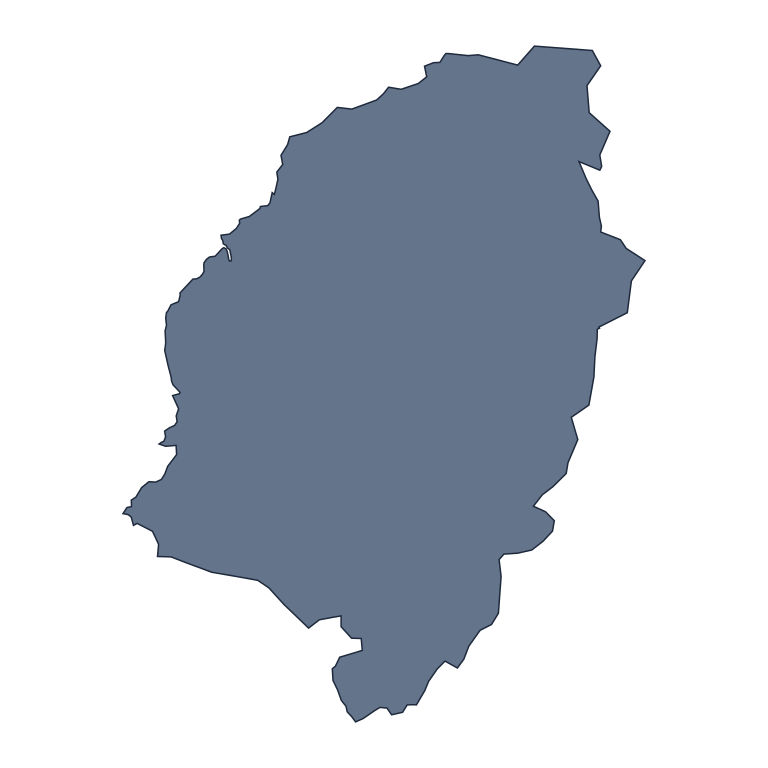 Arminou, Paphos, Cyprus
{"feature_id": "46923920B96831730642133", "entity_name": "Arminou", "entity_type": "district", "adm_level": 2, "iso_a3": "CYP", "parent_name": "Cyprus", "parent_adm1": "Paphos", "projection": "orthographic", "projection_center": [32.715, 34.867], "detail": "fine", "context": "isolated", "style": "filled", "palette": "slate", "viewbox_px": 768, "rotation_deg": 0, "n_neighbors": 0, "source": "geoboundaries", "source_scale": "gbopen_adm2", "svg_char_len": 2657}
<svg xmlns="http://www.w3.org/2000/svg" viewBox="0 0 768 768"><path d="M133.5,525.4L137.1,523.4L152.5,531.3L158.6,544.3L157.5,556.5L171.1,556.9L186.8,563.0L211.9,572.3L233.0,575.9L257.7,580.3L268.8,587.8L284.2,604.7L293.2,613.3L308.6,628.1L319.3,619.8L332.9,617.3L341.1,615.9L341.1,626.7L351.5,638.2L361.2,638.5L362.3,650.4L339.7,657.2L335.4,666.2L332.3,668.7L333.0,680.5L337.5,689.7L341.4,700.5L346.0,706.3L347.2,711.8L351.5,716.4L355.6,721.9L363.2,718.5L374.7,710.6L379.9,707.4L387.0,708.1L391.6,714.8L402.6,712.3L407.2,704.9L414.1,704.7L416.4,704.9L424.8,690.6L428.7,681.2L437.2,669.0L445.0,661.1L457.4,668.0L462.8,660.6L463.8,659.3L468.8,646.2L480.1,630.3L491.5,624.5L498.4,613.3L501.1,576.4L499.1,559.6L503.9,554.1L517.6,553.2L531.8,550.0L543.1,541.2L552.5,531.1L554.3,520.7L545.6,511.8L533.4,506.2L542.4,494.7L552.9,486.7L566.2,473.5L568.0,462.7L577.8,439.6L571.3,417.3L588.9,405.1L593.9,377.0L594.9,356.9L597.1,338.6L597.3,329.3L599.5,328.2L598.8,327.1L627.3,312.7L631.4,280.9L645.0,260.6L626.2,248.4L620.4,239.7L600.7,232.0L601.4,226.1L599.4,217.3L598.1,201.1L591.8,190.0L586.1,178.5L579.0,161.6L599.8,170.2L601.7,166.5L599.8,155.0L610.0,131.3L589.2,112.7L587.0,85.6L600.7,65.8L592.3,50.5L534.4,46.1L517.7,65.1L478.3,54.8L468.1,55.6L448.0,53.5L445.8,53.6L444.1,55.7L439.9,62.4L433.5,62.7L424.5,66.2L425.4,70.5L426.7,76.8L418.3,83.5L401.2,89.3L388.6,87.2L383.4,93.8L376.6,100.0L351.8,109.1L337.3,107.4L322.1,122.7L309.0,131.0L306.7,132.5L289.8,136.8L287.6,144.6L281.0,155.3L282.7,164.5L276.8,172.1L277.9,179.2L275.5,190.0L274.3,194.4L272.2,192.6L270.0,202.7L267.7,205.7L262.7,206.2L260.4,206.5L259.9,208.5L249.3,216.5L240.7,219.0L239.3,220.1L239.7,223.2L236.4,228.4L229.5,234.1L221.0,235.2L221.5,238.7L222.7,240.4L223.3,243.8L226.3,245.6L227.3,247.9L229.8,249.8L230.8,254.7L231.4,258.1L231.2,260.8L229.6,261.1L228.8,259.7L228.1,255.5L227.1,251.1L225.8,248.7L223.8,247.7L222.1,248.7L215.2,256.2L209.5,257.0L206.5,259.3L205.3,261.0L204.0,262.8L203.8,264.3L204.0,271.4L202.6,274.0L200.0,277.0L196.7,278.8L192.9,279.1L180.0,292.9L180.1,295.5L178.6,301.7L171.1,304.7L167.5,311.6L166.5,312.4L165.7,318.2L166.5,325.3L165.1,330.8L165.7,342.4L165.4,345.6L164.7,350.4L168.2,366.0L171.1,377.0L171.5,380.7L173.0,384.8L179.2,391.4L180.1,392.7L179.4,393.7L172.6,395.6L178.6,408.8L176.2,415.9L176.5,417.7L177.1,421.8L174.6,425.4L169.1,428.0L164.6,431.1L165.6,436.9L163.9,441.2L160.8,442.7L159.1,444.0L165.6,446.3L176.1,445.4L176.6,454.6L167.7,466.3L164.9,473.8L161.5,479.4L155.7,482.1L148.9,481.7L141.7,487.5L135.9,497.1L131.3,500.1L131.5,506.6L127.0,507.5L123.0,513.6L128.1,514.6L131.2,517.0L133.5,525.4Z" fill="#64748b" stroke="#1e293b" stroke-width="1.5"/></svg>